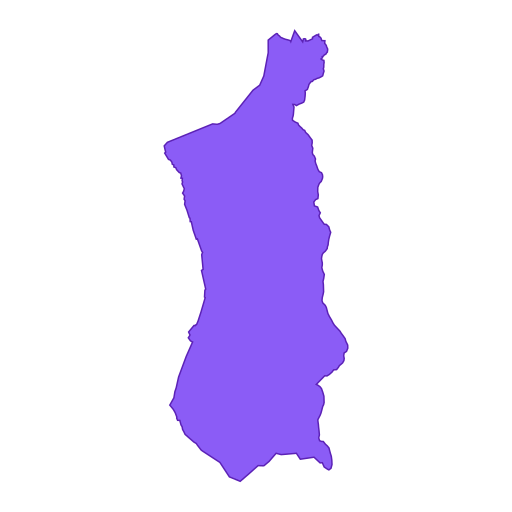 Santa Catarina Lachatao, Oaxaca, Mexico
{"feature_id": "50627088B86779722307239", "entity_name": "Santa Catarina Lachatao", "entity_type": "district", "adm_level": 2, "iso_a3": "MEX", "parent_name": "Mexico", "parent_adm1": "Oaxaca", "projection": "natural_earth1", "projection_center": [-96.485, 17.188], "detail": "fine", "context": "isolated", "style": "filled", "palette": "violet", "viewbox_px": 512, "rotation_deg": 0, "n_neighbors": 0, "source": "geoboundaries", "source_scale": "gbopen_adm2", "svg_char_len": 4909}
<svg xmlns="http://www.w3.org/2000/svg" viewBox="0 0 512 512"><path d="M328.9,469.9L331.0,468.3L332.0,464.5L331.8,460.1L331.3,456.3L330.4,453.4L329.7,450.8L329.0,448.0L327.2,445.8L325.4,444.2L323.3,441.5L321.4,441.4L319.6,440.7L318.7,437.9L319.4,434.9L319.0,430.5L318.6,427.2L318.4,424.6L318.0,421.8L317.8,419.8L318.8,417.8L320.2,415.1L321.0,413.0L321.9,409.7L322.7,406.5L323.6,404.7L324.1,402.5L324.0,399.1L323.9,396.2L322.8,392.3L321.5,388.6L320.0,386.7L317.9,385.2L316.3,384.4L324.7,375.8L327.0,375.9L329.4,374.4L332.0,372.1L333.6,369.9L336.6,369.6L338.4,367.3L339.4,365.6L341.0,364.3L342.6,362.9L343.9,360.6L344.2,358.5L343.7,355.8L344.1,353.0L346.5,351.4L347.8,348.2L347.7,345.1L345.8,341.2L345.1,338.6L343.0,335.6L341.2,333.2L340.0,331.2L334.4,325.2L332.9,322.8L331.5,320.0L329.4,316.5L327.9,313.5L326.3,307.4L325.2,305.3L322.7,302.8L322.0,300.5L322.3,297.5L323.1,294.3L323.6,291.8L323.5,288.3L323.4,284.8L323.0,281.5L323.7,278.5L324.3,274.4L322.8,271.3L321.8,267.7L322.3,264.9L322.3,262.8L321.9,261.1L321.5,258.6L321.8,256.4L322.3,254.4L323.3,252.9L325.3,251.2L327.2,248.6L327.4,246.7L328.1,244.9L328.3,242.5L328.8,239.3L329.5,236.4L330.7,232.3L329.7,230.1L328.8,226.8L326.4,224.4L324.3,224.3L323.0,222.6L319.6,217.8L319.0,215.6L320.3,212.8L318.8,210.4L317.6,207.0L314.4,205.9L313.8,202.0L315.6,199.6L317.9,198.6L318.3,194.9L317.7,191.6L317.8,187.3L318.9,184.3L319.8,182.8L321.2,181.5L322.4,178.6L322.7,176.9L322.5,174.8L321.5,172.7L319.3,171.7L317.9,169.4L316.6,165.6L316.5,165.4L315.7,163.4L315.1,161.0L315.5,159.0L314.3,156.1L312.8,154.5L312.3,152.5L312.8,148.2L311.7,145.5L312.2,142.8L312.1,140.1L310.1,137.5L308.2,134.8L305.6,132.4L304.7,130.4L303.1,129.7L301.7,128.0L300.1,126.6L298.6,125.1L297.9,123.2L295.5,122.2L292.5,120.3L292.4,118.2L293.1,116.0L293.4,114.2L293.7,110.4L294.0,107.1L292.9,104.4L294.8,104.5L296.4,105.6L299.1,104.1L301.8,103.1L303.7,102.1L304.6,100.1L305.1,96.0L305.3,92.9L305.0,90.9L307.4,89.4L307.9,87.9L308.2,87.2L308.7,85.6L308.8,84.7L309.5,83.6L310.4,82.5L311.3,81.5L312.4,81.4L313.4,80.1L314.1,79.6L315.5,79.3L317.0,78.4L319.0,77.9L321.5,76.6L322.7,75.8L323.2,73.9L323.4,73.1L323.8,71.9L324.0,71.1L323.8,70.2L323.3,68.8L323.7,67.6L323.8,66.3L323.8,64.4L324.1,62.5L323.9,60.4L322.4,60.0L321.0,59.0L321.3,58.6L321.9,58.3L322.0,58.1L322.2,57.8L322.4,57.7L322.3,57.1L322.5,57.2L322.7,56.8L322.8,56.5L322.8,56.4L323.1,56.2L323.5,56.0L323.7,55.7L323.9,55.4L324.1,55.2L324.5,54.7L324.9,54.7L325.4,54.3L325.8,54.0L326.1,53.9L326.3,53.4L326.6,52.9L326.8,52.6L326.9,52.4L327.2,52.3L327.4,52.0L327.4,51.5L327.5,50.9L327.7,49.8L327.6,49.4L327.6,49.0L327.5,48.5L327.2,48.0L327.1,47.8L326.9,47.4L326.8,47.1L326.5,46.5L326.4,45.8L326.2,45.3L325.8,44.8L325.6,44.4L325.3,44.1L325.1,43.9L324.9,43.7L324.7,43.5L324.7,43.3L324.9,40.7L324.4,40.7L323.9,40.7L323.1,40.6L322.5,40.6L322.2,40.6L321.9,40.6L321.7,40.3L321.7,40.1L321.6,39.9L321.3,39.4L321.2,38.8L321.1,38.3L320.9,38.0L320.5,37.6L320.4,37.5L320.0,37.2L319.9,36.9L319.7,36.8L319.4,36.6L319.1,36.6L318.8,36.5L318.8,36.4L318.8,36.2L318.7,35.5L318.7,34.8L318.7,34.2L318.4,34.2L317.8,34.8L317.5,35.0L317.3,35.1L317.2,35.1L316.6,35.0L316.5,34.9L312.5,37.3L312.5,38.8L307.9,41.0L307.7,41.0L307.3,40.9L306.3,40.9L305.5,40.9L305.5,40.4L305.6,40.2L305.7,39.9L305.8,39.4L305.7,39.1L305.4,38.9L305.1,38.8L304.8,38.7L303.7,38.9L303.4,38.9L302.7,41.9L294.7,30.7L290.8,41.6L290.5,40.9L289.3,40.3L288.3,40.0L286.8,39.6L285.5,39.3L284.4,38.9L283.3,38.5L282.1,37.9L281.2,37.6L280.3,37.0L279.8,36.3L279.1,35.7L278.3,35.2L277.7,34.3L277.3,33.7L276.4,33.6L274.8,34.7L268.2,40.1L268.2,52.9L267.3,57.4L263.8,76.0L259.7,85.2L253.0,90.2L235.4,112.3L234.9,113.3L220.0,123.5L217.2,124.3L212.6,123.9L167.4,142.3L164.2,145.9L165.2,150.3L165.7,152.1L164.7,153.1L168.5,159.4L170.4,160.1L171.9,162.2L172.3,164.3L173.8,164.9L173.9,167.0L175.8,167.7L176.6,169.7L179.3,172.6L180.7,173.0L181.5,175.8L180.9,178.1L182.4,178.3L182.1,180.6L182.6,182.0L182.0,183.9L184.3,188.7L183.6,191.3L182.6,193.1L184.6,196.0L184.1,199.2L185.1,200.8L184.6,204.3L187.0,210.3L189.3,217.7L190.0,218.2L190.2,221.6L191.3,221.7L193.2,230.2L196.3,239.2L197.4,238.9L201.6,250.9L202.6,252.3L201.7,254.7L203.1,269.4L201.5,270.4L205.7,289.1L204.9,290.2L204.5,297.0L205.2,297.6L201.0,312.0L198.0,321.2L196.5,324.7L195.4,325.0L195.1,325.7L194.0,325.5L192.9,326.8L188.6,332.0L189.5,334.0L189.9,334.6L189.8,335.5L188.3,337.8L190.5,340.9L192.6,342.0L186.2,356.5L178.6,377.0L176.2,387.8L174.9,391.7L173.9,397.8L169.8,405.1L173.3,409.4L175.2,412.7L176.8,417.0L176.7,418.2L177.6,420.3L179.8,420.4L181.0,424.9L182.1,426.7L182.6,429.5L183.8,431.6L185.1,434.4L193.8,442.0L196.3,443.5L197.5,445.3L201.2,450.1L202.9,451.3L219.9,462.4L229.4,476.9L240.2,481.3L248.9,473.8L258.1,465.6L263.4,465.8L264.1,465.6L269.1,461.4L272.2,457.8L276.1,453.3L281.2,454.6L296.4,453.3L300.3,459.2L314.0,457.2L320.1,462.9L322.3,462.7L324.2,467.0L327.5,469.2L328.9,469.9Z" fill="#8b5cf6" stroke="#5b21b6" stroke-width="1.5"/></svg>